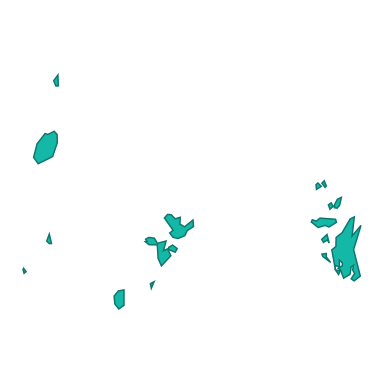 the district of Kota Tual, Indonesia
{"feature_id": "22746128B79752231805890", "entity_name": "Kota Tual", "entity_type": "district", "adm_level": 2, "iso_a3": "IDN", "parent_name": "Indonesia", "parent_adm1": "", "projection": "mercator", "projection_center": [132.406, -5.449], "detail": "medium", "context": "isolated", "style": "filled", "palette": "teal", "viewbox_px": 384, "rotation_deg": 0, "n_neighbors": 0, "source": "geoboundaries", "source_scale": "gbopen_adm2", "svg_char_len": 1895}
<svg xmlns="http://www.w3.org/2000/svg" viewBox="0 0 384 384"><path d="M352.1,236.0L354.3,216.9L350.2,218.9L342.1,232.7L336.1,237.5L335.9,246.6L331.8,249.8L335.3,269.1L335.2,265.5L339.5,266.9L339.3,260.1L342.3,262.8L342.4,265.7L338.2,268.3L340.5,269.9L343.6,278.2L350.0,274.4L351.1,267.0L353.5,265.2L352.6,270.0L354.6,273.4L351.2,278.8L354.1,280.9L360.3,276.1L353.6,249.6L361.0,225.4L352.1,236.0ZM57.1,134.4L54.1,131.3L47.8,134.5L45.1,133.5L37.1,143.8L33.6,157.4L38.2,163.7L52.6,156.6L57.3,142.7L57.1,134.4ZM171.2,214.7L167.6,214.4L164.4,218.0L173.1,230.2L169.7,233.0L173.0,237.3L178.0,238.5L184.8,235.7L187.2,230.6L193.5,226.6L193.0,220.0L184.6,226.8L179.9,224.1L180.3,217.3L175.2,218.8L171.2,214.7ZM148.9,237.4L145.6,239.2L147.0,241.3L145.2,241.6L149.0,244.7L157.3,244.9L158.1,258.3L161.4,265.9L170.9,255.7L167.5,248.9L163.4,250.8L166.1,241.0L157.3,243.3L154.4,238.2L148.9,237.4ZM335.6,219.3L320.0,218.1L316.2,221.2L312.3,219.7L311.3,222.0L318.2,227.5L325.0,225.4L329.0,227.0L336.4,222.4L335.6,219.3ZM124.0,289.9L118.4,290.9L114.1,296.1L114.9,304.0L118.8,309.0L124.0,305.3L124.0,289.9ZM337.1,208.2L339.6,205.3L341.4,197.4L337.3,199.3L334.5,204.9L334.4,207.7L337.1,208.2ZM58.3,85.9L57.9,75.0L53.7,80.7L55.9,86.0L58.3,85.9ZM172.6,245.1L168.7,247.3L168.5,249.5L175.2,252.2L177.2,248.6L172.6,245.1ZM329.2,243.1L327.0,234.5L321.7,239.4L323.5,242.4L327.3,240.0L329.2,243.1ZM51.5,243.5L49.3,234.1L46.7,241.1L49.3,243.6L51.5,243.5ZM326.3,253.5L321.9,254.1L322.8,256.5L330.6,262.4L326.3,256.9L326.3,253.5ZM330.0,209.2L333.2,206.3L331.1,202.9L328.4,204.8L330.0,209.2ZM317.9,183.0L316.0,184.6L316.5,189.4L321.3,186.3L317.9,183.0ZM324.2,180.8L321.9,183.2L325.1,187.4L326.4,185.9L324.2,180.8ZM154.1,281.7L150.4,283.6L151.3,288.3L154.1,281.7ZM340.0,270.9L335.3,269.8L338.6,274.5L340.0,270.9ZM26.1,271.6L23.6,268.3L23.0,269.7L24.1,273.3L26.1,271.6Z" fill="#14b8a6" stroke="#0f766e" stroke-width="1.5"/></svg>